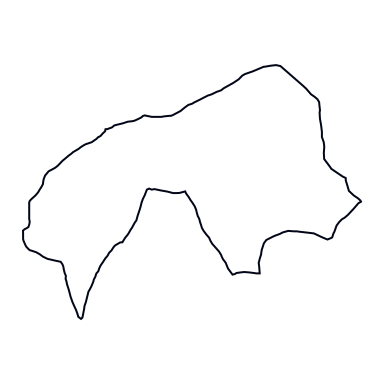 Odigbo, Ondo, Nigeria (Natural Earth projection)
{"feature_id": "59680162B61774592523326", "entity_name": "Odigbo", "entity_type": "district", "adm_level": 2, "iso_a3": "NGA", "parent_name": "Nigeria", "parent_adm1": "Ondo", "projection": "natural_earth1", "projection_center": [4.681, 6.732], "detail": "fine", "context": "isolated", "style": "outline", "palette": "ink", "viewbox_px": 384, "rotation_deg": 0, "n_neighbors": 0, "source": "geoboundaries", "source_scale": "gbopen_adm2", "svg_char_len": 3566}
<svg xmlns="http://www.w3.org/2000/svg" viewBox="0 0 384 384"><path d="M259.7,273.4L259.2,266.7L258.7,262.9L260.0,257.8L261.0,254.8L261.7,250.0L263.9,243.3L266.3,240.0L273.8,236.2L276.6,235.1L279.7,234.0L282.8,232.4L288.2,230.9L293.5,231.3L296.6,231.3L299.3,231.7L305.4,232.4L313.9,233.4L322.6,237.5L326.7,239.2L327.5,239.5L330.9,238.1L332.2,237.4L333.5,233.3L334.4,231.7L336.6,225.5L339.3,221.9L341.9,219.3L344.6,217.7L347.7,215.1L353.7,208.7L357.4,204.4L358.3,203.3L361.0,201.7L360.4,200.5L358.1,198.4L355.9,196.9L353.7,195.4L348.9,190.9L348.0,187.8L347.1,184.7L345.8,180.6L345.7,178.0L342.6,176.5L331.4,168.9L329.6,166.3L324.2,159.1L323.8,152.9L324.2,148.0L324.2,147.8L324.2,145.7L323.7,142.1L321.9,137.0L321.9,131.8L321.4,127.7L321.0,124.6L320.0,119.0L319.8,116.3L319.6,112.3L320.0,110.2L319.5,106.1L319.1,102.0L317.4,99.2L314.6,96.8L311.0,94.3L309.2,92.2L306.1,88.6L303.4,86.1L280.5,66.1L276.1,65.1L270.7,65.7L264.9,66.7L263.6,66.8L262.7,67.2L260.0,68.3L255.1,70.4L252.4,71.5L244.9,74.1L242.2,75.7L238.7,79.3L233.3,82.9L223.8,88.2L221.1,90.3L216.6,91.9L211.5,94.4L208.0,95.5L204.0,97.5L200.0,99.6L194.3,102.4L193.8,102.7L191.9,103.8L188.4,104.9L184.8,107.5L180.4,111.1L176.4,113.2L172.4,115.3L171.0,115.8L169.7,115.8L163.9,116.4L161.2,116.9L157.2,116.9L151.9,116.9L147.0,115.9L144.7,115.4L142.9,116.0L141.2,117.5L138.0,119.1L134.5,120.7L132.3,121.2L127.8,121.7L122.9,123.3L118.4,124.4L118.0,124.5L114.4,125.4L111.8,127.5L110.0,128.1L108.7,128.6L107.3,129.1L105.5,129.2L105.1,131.2L102.4,133.8L100.7,135.8L98.9,136.9L98.4,137.0L96.2,139.1L94.0,140.6L91.7,142.2L85.5,144.3L83.7,145.3L81.1,146.9L78.4,149.0L73.1,152.1L71.3,153.7L68.6,155.7L62.4,160.9L57.9,165.6L55.3,167.7L52.6,169.2L48.6,171.3L47.3,172.9L45.1,175.5L43.7,179.1L43.3,181.1L42.9,184.2L41.5,186.8L39.8,189.4L38.0,192.5L35.3,195.6L30.9,199.6L29.6,201.2L29.2,202.5L29.2,202.8L29.2,205.8L29.2,208.9L29.2,212.0L29.2,215.6L29.2,218.7L29.7,221.8L29.3,224.4L28.4,227.0L27.0,228.0L24.8,229.1L23.0,230.6L23.1,233.7L23.1,236.3L23.1,238.9L23.5,240.7L24.2,242.3L24.9,244.0L26.2,246.6L28.5,249.1L29.8,250.2L31.6,250.7L36.1,252.2L37.9,253.2L39.7,254.2L41.0,255.2L43.2,256.8L46.4,258.3L47.3,258.8L56.0,260.8L60.7,261.8L62.5,264.4L63.4,266.9L63.8,269.5L64.7,273.1L65.9,275.9L65.6,278.8L66.6,281.9L67.0,284.4L67.1,284.6L68.4,288.5L69.7,293.2L70.6,296.8L70.7,297.1L71.5,299.3L72.4,301.9L74.2,306.0L76.1,310.1L77.4,313.7L78.3,316.8L81.0,318.9L82.3,317.8L82.8,315.8L83.6,311.6L84.1,309.1L84.5,306.0L85.8,302.3L86.3,300.3L86.7,298.7L87.6,295.1L88.5,291.5L89.8,289.4L91.6,285.8L93.3,281.7L93.8,279.6L95.4,276.6L95.6,275.7L96.4,273.4L98.2,271.4L99.5,267.7L100.8,265.2L103.0,262.0L105.3,258.4L105.5,258.2L107.5,255.8L109.2,252.7L111.7,250.2L112.3,249.1L113.7,247.0L115.0,245.5L117.7,243.9L120.3,242.4L122.4,242.3L123.9,239.8L125.2,237.7L127.4,235.1L128.8,233.0L130.5,229.9L131.9,227.9L135.0,222.2L136.3,220.6L137.9,214.9L138.1,214.4L139.8,209.3L140.7,206.2L141.6,202.5L142.2,200.9L142.9,198.9L144.7,195.3L146.9,189.6L149.1,188.6L151.7,189.6L151.8,189.6L154.4,189.1L161.6,190.6L162.4,190.7L167.4,191.6L173.2,193.1L179.0,193.0L180.4,192.7L185.2,191.4L186.1,193.5L188.4,196.6L190.6,200.2L192.4,202.7L194.7,206.3L196.0,209.4L196.9,213.0L197.8,216.1L199.2,218.7L200.1,222.3L201.0,224.8L201.9,227.9L203.7,231.0L206.4,234.6L209.1,237.7L210.4,240.7L212.2,243.8L216.3,248.4L218.6,251.1L219.0,251.5L221.2,255.1L221.7,256.6L222.4,258.0L223.0,259.2L225.7,262.8L228.0,268.5L232.5,274.6L234.7,274.1L236.5,273.0L240.0,272.5L244.1,272.0L249.0,272.4L253.0,272.9L256.6,273.4L259.7,273.4Z" fill="none" stroke="#020617" stroke-width="2"/></svg>